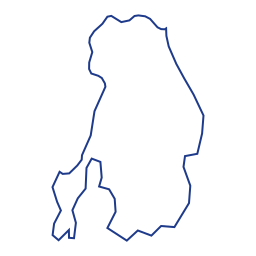 the district of Kasansay, Namangan, Uzbekistan
{"feature_id": "79887680B51859555841506", "entity_name": "Kasansay", "entity_type": "district", "adm_level": 2, "iso_a3": "UZB", "parent_name": "Uzbekistan", "parent_adm1": "Namangan", "projection": "orthographic", "projection_center": [71.494, 41.166], "detail": "fine", "context": "isolated", "style": "outline", "palette": "blue", "viewbox_px": 256, "rotation_deg": 0, "n_neighbors": 0, "source": "geoboundaries", "source_scale": "gbopen_adm2", "svg_char_len": 929}
<svg xmlns="http://www.w3.org/2000/svg" viewBox="0 0 256 256"><path d="M52.6,235.1L58.6,240.2L68.9,230.0L69.0,237.8L74.0,238.2L75.9,222.8L72.4,210.2L77.8,198.3L85.6,188.6L86.5,167.9L91.7,158.6L100.4,161.9L101.7,177.6L99.1,186.5L109.1,189.3L114.7,198.8L115.6,211.8L107.4,228.0L126.8,240.6L137.8,230.5L151.4,235.6L161.1,226.0L174.4,227.1L189.0,203.1L190.3,185.7L183.5,166.9L185.0,156.1L197.3,153.8L202.1,133.5L203.5,115.5L193.6,94.6L184.1,78.2L176.3,63.9L168.7,46.4L166.4,35.9L166.1,28.4L164.7,29.3L161.1,29.1L157.5,27.3L150.1,18.9L145.2,16.3L138.4,15.4L134.5,16.0L129.4,20.4L121.3,22.1L111.3,15.9L107.4,16.7L102.4,23.8L94.1,31.3L89.9,37.7L89.3,42.7L92.3,52.1L89.2,62.5L89.1,69.0L91.3,73.5L98.3,75.8L101.8,78.0L104.9,83.4L105.4,86.8L94.5,111.2L90.7,135.5L82.0,155.2L81.7,159.7L77.3,165.5L69.2,173.4L62.7,173.9L59.6,171.8L52.5,187.1L57.1,201.8L60.9,210.5L54.1,223.6L52.6,235.1Z" fill="none" stroke="#1e3a8a" stroke-width="2"/></svg>